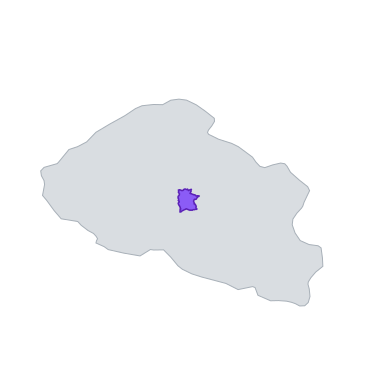 Tangsibji, Tongsa, Bhutan shown in context, rotated 21°
{"feature_id": "84629894B49334077876628", "entity_name": "Tangsibji", "entity_type": "district", "adm_level": 2, "iso_a3": "BTN", "parent_name": "Bhutan", "parent_adm1": "Tongsa", "projection": "robinson", "projection_center": [90.389, 27.406], "detail": "fine", "context": "in_parent", "style": "filled", "palette": "violet", "viewbox_px": 384, "rotation_deg": 21, "n_neighbors": 0, "source": "geoboundaries", "source_scale": "gbopen_adm2", "svg_char_len": 5315}
<svg xmlns="http://www.w3.org/2000/svg" viewBox="0 0 384 384"><g transform="rotate(21 192 192)"><path d="M300.5,165.6L300.0,167.9L297.5,174.2L295.9,181.1L297.3,186.7L302.9,193.3L310.5,198.6L320.1,199.1L329.0,197.0L332.5,197.9L337.4,206.8L340.8,214.5L336.2,222.4L333.7,229.4L332.8,234.3L333.3,236.5L336.2,240.5L339.6,247.3L340.1,253.6L338.0,257.8L333.4,259.8L328.5,259.2L324.5,259.3L319.5,260.0L311.6,262.4L304.3,265.4L290.6,264.8L285.1,258.6L282.5,258.6L270.0,266.6L256.4,265.2L231.6,267.9L221.3,268.5L210.7,267.6L205.3,265.9L195.3,260.3L186.2,256.2L177.0,259.9L173.8,260.6L166.4,270.3L150.3,273.5L134.4,275.8L129.6,274.5L120.6,274.0L120.3,271.7L120.6,269.5L118.5,267.8L114.9,266.0L108.6,265.2L100.5,262.8L95.9,260.5L79.5,263.9L70.0,258.8L59.2,251.8L53.7,248.8L51.7,237.9L49.8,234.4L45.6,230.8L43.2,226.5L45.1,222.0L56.0,213.8L56.8,211.8L61.9,196.4L68.8,190.8L75.7,183.0L80.9,170.7L90.9,158.0L101.9,144.9L109.4,134.3L114.4,129.4L124.7,124.1L133.3,121.0L139.3,113.9L146.5,110.0L153.9,108.2L164.8,109.1L175.1,111.7L186.4,115.2L187.7,118.0L186.8,123.1L185.2,128.2L185.1,130.8L186.8,132.2L197.9,133.2L211.5,132.4L219.1,133.1L236.0,137.8L241.0,141.2L246.2,143.7L251.2,143.2L257.6,137.8L264.4,133.2L268.5,132.4L271.5,133.9L276.9,138.3L288.1,142.5L298.1,145.6L301.3,148.6L300.3,161.3L300.5,165.6Z" fill="#d9dde1" stroke="#a8b0b8" stroke-width="1"/><path d="M187.5,215.2L188.1,215.0L188.3,214.8L188.6,214.5L188.8,214.5L188.9,214.3L189.0,214.2L189.3,213.8L189.3,213.6L189.4,213.4L189.5,213.1L189.8,212.8L189.9,212.7L190.1,212.6L190.4,212.3L190.6,212.0L190.7,211.9L191.6,210.9L192.0,210.7L192.3,210.4L192.4,210.2L192.4,209.9L192.7,209.7L193.0,209.7L193.3,209.7L193.5,209.8L193.9,209.9L194.0,209.8L194.2,209.7L194.4,209.7L194.5,209.7L195.2,209.9L195.4,209.8L195.6,209.8L196.0,209.7L196.4,209.7L196.6,209.8L196.7,209.7L196.8,209.6L197.0,209.6L197.2,209.4L197.5,209.3L197.7,209.2L197.8,209.2L198.1,209.1L198.3,209.1L198.5,209.1L198.9,208.7L199.0,208.7L199.2,208.4L199.3,208.2L199.6,208.0L200.0,207.8L200.4,207.7L200.5,207.7L200.9,207.4L201.1,207.3L201.4,207.0L201.6,206.8L201.7,206.7L201.9,206.7L202.0,206.6L202.3,206.6L202.7,206.5L202.9,206.4L203.0,206.4L202.9,206.4L202.9,206.2L202.5,206.2L202.2,206.1L202.0,205.9L201.9,205.8L201.7,205.5L201.5,205.3L201.3,205.0L201.2,205.0L201.1,204.9L201.0,204.7L201.1,204.4L201.1,204.2L201.0,203.9L201.0,203.7L200.8,203.6L200.5,203.4L200.4,203.2L200.2,203.1L200.1,202.9L199.8,202.9L199.7,202.8L199.5,202.6L199.5,202.4L199.4,202.3L199.2,202.2L198.9,202.3L198.7,202.3L198.4,202.4L198.2,202.2L198.1,201.8L198.1,201.5L197.9,201.4L197.8,201.2L197.5,200.9L197.3,200.6L197.0,200.4L196.9,200.3L196.9,200.2L196.8,199.9L196.7,199.7L196.8,199.3L196.7,198.8L196.8,198.5L196.8,198.3L196.8,198.1L197.1,197.8L197.4,197.7L197.5,197.7L197.8,197.7L198.0,197.6L198.4,197.3L198.6,196.8L198.6,196.7L198.6,196.4L198.7,196.0L198.8,195.6L198.9,195.3L199.1,195.0L199.2,194.8L199.2,194.6L199.2,194.3L199.3,194.2L199.5,193.9L199.7,193.7L200.0,193.6L200.1,193.2L199.9,193.1L199.7,193.2L199.4,193.3L199.1,193.3L198.9,193.4L198.6,193.5L198.3,193.6L197.9,193.9L197.8,194.0L197.6,194.2L197.4,194.2L197.1,194.1L196.9,194.1L196.6,193.8L196.1,193.8L196.0,193.7L195.9,193.7L195.6,193.6L195.2,193.8L194.9,193.8L194.7,193.8L194.4,194.0L193.9,194.0L193.6,193.8L193.4,193.9L193.0,194.0L192.8,193.9L192.5,193.9L192.2,193.8L191.9,193.8L191.5,194.0L191.3,193.9L191.2,194.0L190.9,194.0L190.8,193.9L190.7,193.9L190.7,193.6L190.7,193.3L190.8,193.0L190.8,192.7L190.7,192.4L190.7,191.9L190.9,191.6L190.8,191.4L190.6,191.0L190.5,190.7L190.4,190.6L190.4,190.4L190.4,190.1L190.5,189.9L190.4,189.8L190.2,189.8L190.1,190.1L189.5,190.5L189.4,190.6L189.0,190.9L188.8,191.1L188.7,191.2L188.7,191.3L188.5,191.5L188.4,191.6L188.4,191.8L188.1,191.9L187.7,191.5L187.6,191.4L187.1,191.2L186.9,191.0L186.7,191.3L186.4,191.6L186.2,191.6L185.2,191.6L184.7,191.6L184.3,191.8L184.0,192.0L183.9,192.0L183.6,192.3L183.6,192.5L183.3,192.8L183.2,192.9L183.3,193.2L183.1,193.5L182.9,193.9L182.5,194.1L182.2,194.2L181.9,194.3L181.7,194.4L181.0,194.2L180.8,194.2L180.7,194.3L180.3,194.3L180.2,194.3L179.7,194.3L179.4,194.5L179.2,194.6L178.9,194.8L178.8,195.0L178.7,195.1L178.8,195.2L178.8,195.3L179.0,195.4L179.2,195.6L179.3,195.7L179.3,195.8L179.3,196.1L179.3,196.3L179.3,196.7L179.3,197.0L179.5,197.2L179.7,197.4L179.9,197.5L180.1,197.5L180.3,197.8L180.6,198.0L180.8,198.1L181.0,198.3L180.9,198.6L181.1,199.0L181.2,199.3L181.1,199.5L180.9,200.5L180.6,200.9L180.6,201.0L180.8,201.7L180.9,202.1L181.0,202.2L181.2,202.3L181.3,202.6L181.4,202.9L181.5,202.9L181.8,203.1L182.0,203.4L182.1,203.6L182.3,204.4L182.4,204.5L182.6,204.6L182.7,204.9L182.6,205.0L182.9,205.1L183.0,205.1L183.1,205.3L183.2,205.5L183.3,205.5L183.5,205.5L183.7,205.9L183.7,206.0L183.4,206.3L183.3,206.5L183.2,206.6L183.2,206.8L183.2,207.3L183.2,207.5L183.3,207.8L183.7,208.2L184.0,208.5L184.3,208.7L184.5,209.0L184.8,209.2L185.1,209.2L185.3,209.4L185.4,209.5L185.6,209.9L185.7,210.0L185.9,210.1L186.0,210.2L186.1,210.3L186.3,210.3L186.5,210.4L186.5,210.7L186.7,210.9L186.8,211.2L186.8,211.3L187.0,211.4L187.2,211.5L187.4,211.7L187.5,211.8L187.4,211.9L187.4,212.0L187.2,212.1L187.1,212.4L187.2,212.7L187.2,212.8L187.4,213.0L187.5,213.3L187.5,213.6L187.5,213.8L187.7,214.1L187.8,214.1L187.8,214.4L187.8,214.5L187.7,215.0L187.5,215.2Z" fill="#8b5cf6" stroke="#5b21b6" stroke-width="1.5"/></g></svg>